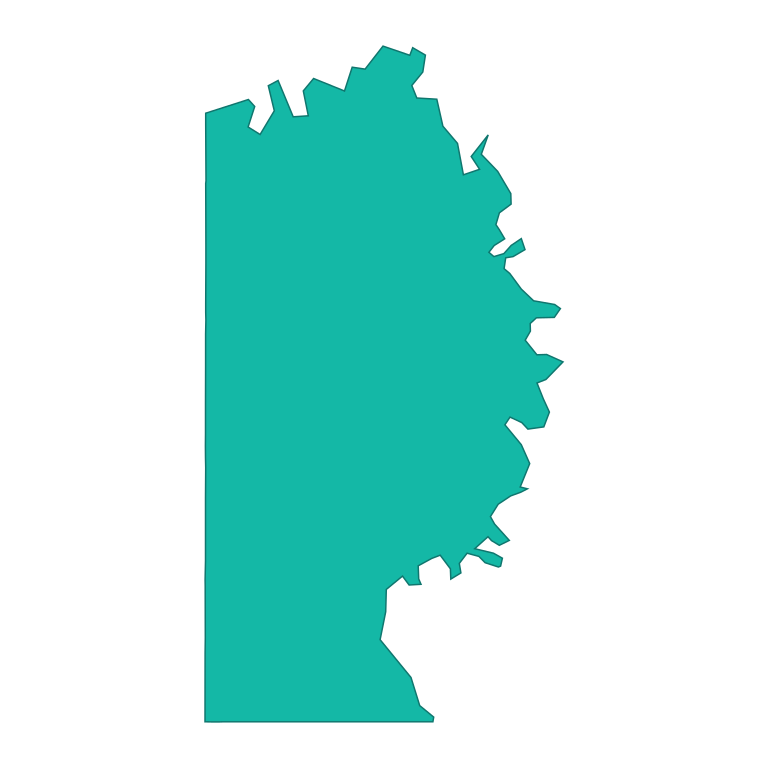 Miller, Arkansas, United States of America (Albers equal-area conic projection)
{"feature_id": "52423323B19087014841162", "entity_name": "Miller", "entity_type": "district", "adm_level": 2, "iso_a3": "USA", "parent_name": "United States of America", "parent_adm1": "Arkansas", "projection": "albers", "projection_center": [-93.844, 33.315], "detail": "fine", "context": "isolated", "style": "filled", "palette": "teal", "viewbox_px": 768, "rotation_deg": 0, "n_neighbors": 0, "source": "geoboundaries", "source_scale": "gbopen_adm2", "svg_char_len": 1856}
<svg xmlns="http://www.w3.org/2000/svg" viewBox="0 0 768 768"><path d="M423.7,721.8L432.9,721.8L433.7,717.1L419.7,705.6L411.0,677.5L380.1,639.7L385.7,611.8L386.3,589.4L402.5,576.1L409.1,585.0L421.0,584.3L418.7,578.9L418.2,565.8L431.8,558.4L440.2,555.2L450.4,568.8L450.8,579.1L460.9,572.9L459.3,563.4L467.1,553.2L478.9,556.4L485.1,562.7L498.4,567.0L500.6,566.1L502.4,558.2L493.5,553.2L474.7,548.7L488.0,536.7L491.5,540.6L499.3,545.3L509.3,540.4L494.6,524.1L490.4,516.6L498.2,504.2L510.7,495.9L520.8,492.2L527.4,488.8L520.2,487.0L529.7,463.6L521.3,444.7L504.9,424.8L510.0,417.1L521.8,422.6L527.9,429.1L543.8,426.9L549.4,412.1L543.3,398.8L537.0,383.0L546.0,379.4L563.0,361.9L546.6,354.5L536.9,354.8L525.2,340.2L530.4,331.1L530.2,323.5L536.4,317.8L554.3,317.4L560.4,308.6L554.7,304.5L533.6,300.8L521.3,289.1L509.8,273.5L504.1,268.7L505.7,257.8L513.1,256.6L525.0,249.6L521.3,238.6L511.2,245.4L503.9,253.6L493.9,256.6L488.9,252.3L494.2,245.5L504.7,238.8L499.3,229.7L495.9,224.6L499.4,212.8L511.1,204.1L510.8,193.6L497.7,171.4L481.3,154.3L488.2,134.9L471.2,156.5L479.6,169.3L463.4,174.8L457.5,143.4L442.9,126.2L436.8,99.2L416.8,98.0L411.8,85.5L422.8,72.0L425.4,55.1L412.7,47.7L409.8,55.3L383.0,46.1L365.1,69.1L352.2,67.2L344.5,91.0L313.6,78.5L303.3,90.9L308.3,115.8L293.2,116.8L278.1,80.5L268.3,85.7L274.3,110.8L260.1,134.5L248.1,127.0L254.7,106.5L248.4,99.5L205.7,113.2L205.7,114.2L205.7,124.6L206.0,180.8L205.8,182.9L205.7,183.1L205.8,206.8L205.9,246.2L205.9,251.6L205.9,264.0L205.7,303.2L205.7,312.5L205.9,320.0L205.6,334.2L205.6,341.8L205.6,347.2L205.6,366.4L205.5,403.5L205.5,434.1L205.4,445.9L205.5,458.2L205.7,467.7L205.5,498.0L205.5,512.4L205.5,515.7L205.5,560.7L205.1,579.9L205.2,586.0L205.2,590.9L205.3,637.9L205.1,653.0L205.0,721.8L206.5,721.8L211.8,721.9L219.3,721.9L222.7,721.8L423.7,721.8Z" fill="#14b8a6" stroke="#0f766e" stroke-width="1.5"/></svg>